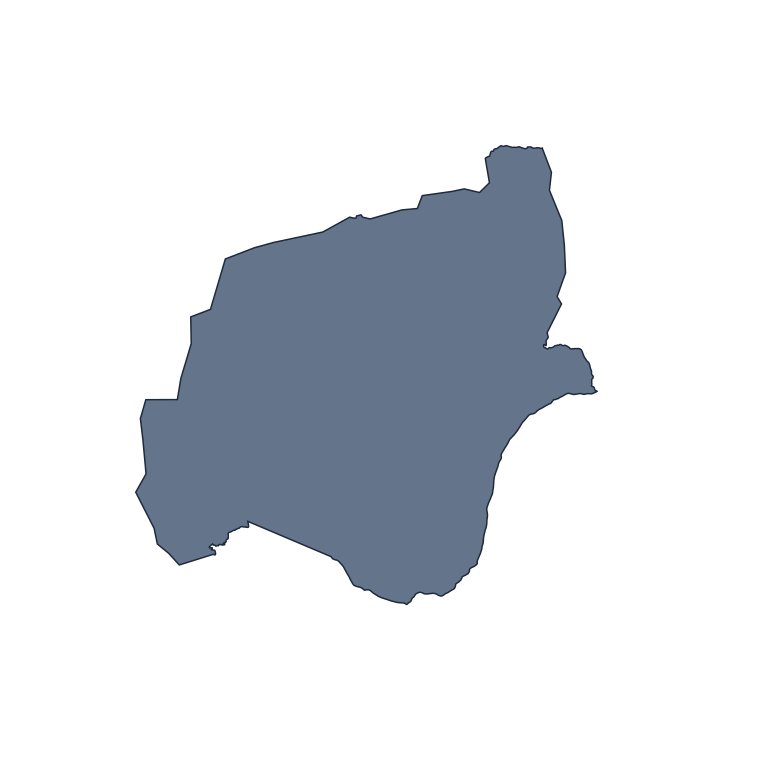 the district of Ceceg, Hovd, Mongolia, rotated 228°
{"feature_id": "93677404B56822963744854", "entity_name": "Ceceg", "entity_type": "district", "adm_level": 2, "iso_a3": "MNG", "parent_name": "Mongolia", "parent_adm1": "Hovd", "projection": "equal_earth", "projection_center": [93.086, 46.341], "detail": "fine", "context": "isolated", "style": "filled", "palette": "slate", "viewbox_px": 768, "rotation_deg": 228, "n_neighbors": 0, "source": "geoboundaries", "source_scale": "gbopen_adm2", "svg_char_len": 6159}
<svg xmlns="http://www.w3.org/2000/svg" viewBox="0 0 768 768"><g transform="rotate(228 384 384)"><path d="M453.4,659.5L453.7,658.8L454.3,658.1L455.7,657.3L457.4,655.5L458.0,654.4L458.7,653.6L459.6,652.5L460.9,652.1L461.8,651.9L464.0,649.4L463.6,647.8L463.9,647.2L464.6,646.1L466.8,644.8L469.1,643.6L470.1,643.0L470.7,641.6L471.2,640.7L472.6,639.4L474.0,637.7L475.6,636.6L479.3,634.4L480.0,633.2L480.2,632.2L481.2,631.4L481.5,631.0L482.6,630.6L482.8,630.1L483.1,628.7L483.3,626.8L483.4,625.4L483.9,624.6L484.4,624.0L484.7,623.1L484.0,620.9L485.1,619.4L484.7,618.1L482.7,615.2L484.0,611.2L483.7,610.1L463.0,597.0L462.4,583.1L475.3,574.2L481.6,563.4L498.4,538.5L492.1,526.2L501.4,513.8L515.9,484.2L522.0,479.9L523.3,479.8L524.6,480.2L525.1,480.0L527.2,476.2L527.0,475.6L526.2,474.7L526.1,474.0L526.7,473.5L527.7,472.3L530.9,470.2L537.9,440.2L563.0,396.8L571.9,379.0L583.1,349.8L555.6,305.0L563.2,285.3L543.0,267.8L524.1,236.8L510.7,220.0L531.7,196.5L521.3,179.8L503.3,167.1L476.4,147.0L469.7,127.1L430.6,116.6L416.7,108.5L402.3,110.7L386.5,110.8L371.6,143.3L370.4,143.7L370.0,144.4L370.6,145.3L372.5,146.5L373.5,146.9L374.2,146.7L374.7,146.1L376.1,144.9L376.4,145.0L376.4,146.1L377.1,146.7L377.6,146.4L378.1,145.7L379.0,144.7L379.6,144.9L380.0,145.7L379.8,146.4L379.9,147.1L380.0,147.5L380.0,147.9L379.7,148.6L379.8,149.6L379.2,149.5L378.6,149.4L378.0,149.9L377.7,150.3L376.9,150.6L376.2,150.5L375.8,150.9L375.6,151.6L375.4,152.2L374.6,152.8L375.0,154.1L374.9,154.4L373.9,155.1L373.6,155.5L372.6,156.0L372.4,156.3L372.7,156.6L372.9,156.7L372.3,157.2L371.8,157.1L371.4,157.5L371.3,157.9L371.4,158.3L371.8,158.5L372.1,158.6L372.3,158.6L372.6,158.3L372.9,158.4L373.2,158.8L373.2,159.1L372.6,159.5L372.3,159.8L372.4,160.4L372.5,160.8L372.6,161.1L372.6,161.4L373.0,161.6L373.4,161.8L373.7,162.4L373.7,163.2L373.5,163.9L373.4,164.5L373.6,165.0L374.2,165.5L375.3,166.5L376.1,167.3L377.0,168.0L377.3,168.6L377.4,169.4L376.6,171.3L376.3,172.1L376.3,173.1L376.1,173.9L375.2,175.3L375.0,175.8L375.2,176.5L374.9,176.9L374.6,177.6L374.6,178.4L374.0,179.5L373.7,180.1L373.9,181.5L373.4,182.6L372.6,183.4L371.9,183.8L371.2,184.6L370.6,185.0L370.2,185.6L369.5,186.0L368.9,186.6L368.4,187.2L368.5,187.7L368.8,188.2L370.0,189.0L370.3,189.3L371.6,189.9L372.4,190.5L373.0,190.9L291.2,229.1L290.0,229.0L288.6,228.9L286.1,230.0L284.7,231.1L283.1,231.6L280.4,231.7L277.0,231.7L275.4,231.6L269.7,230.2L266.5,229.5L264.5,229.2L262.8,228.6L260.5,228.0L259.3,227.8L257.9,227.4L256.4,227.1L255.3,227.0L254.4,227.0L251.7,228.3L248.7,230.4L247.3,230.9L246.1,231.2L244.5,231.4L243.8,231.5L243.4,232.1L243.0,233.0L241.7,234.6L240.3,235.4L239.3,235.7L238.4,235.7L237.7,235.9L236.9,236.0L236.0,236.1L234.0,236.6L232.2,237.2L230.6,237.5L227.9,238.7L226.5,239.3L225.3,240.1L224.1,240.7L222.0,242.0L218.5,243.9L217.1,244.8L215.8,245.7L214.0,246.8L211.9,248.4L208.2,252.0L207.3,252.6L205.7,253.0L205.1,253.3L204.8,253.9L204.8,254.7L205.0,255.3L204.8,256.4L204.6,257.7L204.6,258.7L205.9,261.4L206.0,262.1L205.8,263.8L206.1,264.9L206.6,266.6L206.5,268.4L205.7,270.5L205.1,271.5L204.2,272.2L202.9,272.9L202.3,273.1L201.3,273.4L200.7,273.9L199.7,274.9L198.4,276.4L197.9,277.4L197.0,278.5L195.9,280.1L194.9,281.1L193.9,281.8L192.8,282.4L192.1,282.7L191.5,282.7L190.6,283.1L188.7,284.1L187.6,285.4L187.4,286.1L187.1,289.2L186.2,292.1L186.1,292.9L185.6,295.9L185.0,298.4L184.9,299.3L185.5,301.1L186.5,302.5L187.0,303.0L187.3,303.5L187.2,305.2L187.0,306.0L186.8,307.1L187.0,310.0L187.7,311.9L188.2,312.6L188.3,313.3L188.2,314.2L187.3,317.1L187.2,318.1L186.8,319.5L187.0,320.3L187.5,321.9L188.9,323.5L189.2,324.2L189.2,325.3L188.7,327.2L188.3,328.3L187.9,330.7L187.9,332.3L188.1,333.1L188.8,333.8L189.7,334.3L190.6,335.8L193.4,341.8L194.8,344.4L196.2,346.6L197.3,347.7L199.8,351.7L202.1,354.0L203.9,356.0L205.5,358.2L206.7,360.1L207.6,361.2L208.9,363.7L211.3,366.8L213.9,369.3L215.7,371.5L216.8,372.7L218.6,374.2L221.5,376.0L222.1,376.6L222.8,377.2L223.6,378.4L225.8,382.4L226.9,384.7L227.3,386.0L228.1,387.3L229.3,390.0L230.2,391.5L234.6,396.8L238.6,400.8L241.4,404.2L243.5,407.8L246.3,413.1L247.9,415.4L248.8,417.0L249.3,418.1L249.5,419.4L249.8,420.3L250.3,421.3L251.0,422.2L251.6,422.6L252.1,422.9L252.8,423.4L253.3,424.2L253.8,425.3L254.7,428.1L257.2,436.7L258.7,440.2L259.2,446.8L259.6,449.3L260.0,451.6L261.8,457.9L262.4,459.7L262.8,461.2L262.9,463.2L263.9,470.6L263.7,472.0L263.0,473.5L261.9,475.1L261.4,477.3L261.5,479.8L261.3,482.2L260.3,485.9L259.7,489.1L259.4,490.6L258.9,492.1L258.8,493.0L258.5,493.8L258.1,494.7L258.1,495.4L258.7,498.6L258.7,499.6L257.7,501.1L257.3,502.4L256.6,503.7L256.5,504.4L256.4,505.3L255.8,507.7L255.3,509.3L255.0,511.4L254.6,512.9L253.9,514.5L253.1,515.4L250.2,517.3L249.1,518.1L248.3,519.3L247.4,520.8L245.9,523.1L245.0,523.9L244.2,524.5L242.6,525.5L242.0,526.4L240.8,528.6L237.8,531.7L237.3,532.7L236.8,534.5L236.3,535.8L236.0,537.4L236.6,537.4L237.2,536.9L237.7,536.6L238.6,536.8L239.7,537.2L240.7,537.8L241.4,537.8L242.1,537.6L242.7,537.2L243.2,537.0L243.7,537.0L244.6,538.1L245.2,538.7L245.8,539.0L247.0,540.2L248.0,541.0L248.3,541.4L248.5,542.1L248.6,543.3L249.0,543.9L249.7,544.5L250.4,544.7L251.6,544.7L252.7,545.0L253.3,545.5L253.9,546.2L254.8,546.8L255.5,547.1L256.3,547.4L258.1,548.2L260.4,549.5L261.8,550.1L263.0,550.4L264.1,550.4L264.7,550.2L266.2,550.3L267.9,550.6L269.5,550.7L273.4,552.1L275.6,553.0L277.5,553.5L278.7,553.2L279.5,552.8L280.4,552.0L282.8,549.3L284.6,546.9L285.2,546.3L286.2,545.9L287.5,546.0L289.9,545.3L291.0,544.8L291.7,544.4L292.7,542.8L293.4,542.2L295.1,541.7L295.4,541.4L295.8,540.9L295.9,539.9L296.2,539.4L296.8,539.0L297.1,538.4L297.2,537.8L297.8,537.1L298.1,536.4L298.1,535.1L298.3,534.2L298.9,532.8L299.4,532.1L299.9,531.8L300.3,531.2L300.5,530.7L300.4,529.8L300.4,529.2L300.8,528.7L302.4,528.3L303.7,527.6L304.2,527.5L305.1,527.7L305.6,528.1L306.0,528.6L306.3,529.1L306.2,529.5L305.9,529.8L305.2,529.8L304.6,529.7L304.3,529.8L304.2,530.0L304.3,530.5L305.6,531.8L306.2,532.1L307.9,533.5L308.6,536.8L308.9,537.4L310.0,538.0L311.1,538.4L312.0,539.2L312.9,539.3L324.7,569.5L333.1,571.1L345.1,593.3L366.6,611.0L386.5,625.5L417.3,636.6L429.3,650.1L453.1,659.3L453.4,659.5Z" fill="#64748b" stroke="#1e293b" stroke-width="1.5"/></g></svg>